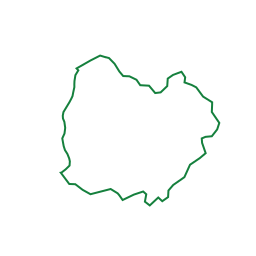 Gimhae-si, South Gyeongsang, South Korea (Equal Earth projection), rotated 230°
{"feature_id": "91817680B1708787718818", "entity_name": "Gimhae-si", "entity_type": "district", "adm_level": 2, "iso_a3": "KOR", "parent_name": "South Korea", "parent_adm1": "South Gyeongsang", "projection": "equal_earth", "projection_center": [128.865, 35.269], "detail": "fine", "context": "isolated", "style": "outline", "palette": "green", "viewbox_px": 256, "rotation_deg": 230, "n_neighbors": 0, "source": "geoboundaries", "source_scale": "gbopen_adm2", "svg_char_len": 1173}
<svg xmlns="http://www.w3.org/2000/svg" viewBox="0 0 256 256"><g transform="rotate(230 128 128)"><path d="M136.9,47.8L122.9,47.0L118.8,51.5L109.8,53.5L101.4,56.7L92.4,75.5L84.6,78.1L82.2,78.1L76.3,77.6L73.2,89.7L69.6,98.8L65.5,99.4L60.7,93.6L54.7,94.9L55.3,106.5L49.9,107.2L49.3,114.3L54.1,118.8L55.3,126.0L54.1,139.6L60.0,151.9L58.8,163.6L58.8,171.3L69.0,175.2L72.6,177.8L71.4,181.7L67.8,186.9L69.6,195.4L73.2,201.2L86.4,202.5L92.3,207.9L92.6,208.1L93.6,209.0L103.8,205.7L115.1,206.4L115.3,206.4L120.1,204.4L126.6,200.6L130.1,204.4L136.7,205.1L139.7,196.7L140.3,190.2L134.9,185.0L134.3,175.9L137.3,171.3L137.5,171.3L146.9,171.3L152.9,164.9L153.0,164.9L159.5,165.5L166.7,162.3L170.9,157.7L171.0,157.7L176.9,157.7L185.8,159.0L186.0,159.0L193.8,158.4L196.5,156.5L196.5,156.4L201.4,153.2L203.8,142.8L206.7,126.9L204.1,127.0L202.3,121.7L198.4,117.2L196.0,115.0L193.8,113.2L190.3,108.7L188.1,106.0L186.9,103.4L185.4,99.7L181.7,88.8L179.3,85.9L177.1,84.3L173.6,83.2L168.5,80.0L166.8,78.2L164.6,75.8L162.3,71.0L159.2,69.2L155.5,67.1L151.6,65.5L147.1,64.9L142.5,63.4L139.8,62.0L136.8,59.1L136.4,53.6L136.6,48.3L136.9,47.8Z" fill="none" stroke="#15803d" stroke-width="2"/></g></svg>